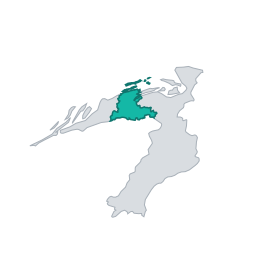 Croatia, with Zadarska highlighted, rotated 118°
{"feature_id": "HRV-1493", "entity_name": "Zadarska", "entity_type": "County", "adm_level": 1, "iso_a3": "HRV", "parent_name": "Croatia", "parent_adm1": "", "projection": "equal_earth", "projection_center": [15.553, 44.407], "detail": "fine", "context": "in_parent", "style": "filled", "palette": "teal", "viewbox_px": 256, "rotation_deg": 118, "n_neighbors": 0, "source": "natural_earth", "source_scale": "10m", "svg_char_len": 9065}
<svg xmlns="http://www.w3.org/2000/svg" viewBox="0 0 256 256"><g transform="rotate(118 128 128)"><path d="M43.8,88.0L44.9,89.5L52.6,91.3L54.2,90.5L55.3,89.3L55.3,88.5L55.9,88.2L58.6,89.4L66.9,89.3L68.6,88.4L71.7,83.1L72.8,82.7L73.4,82.9L73.9,84.4L75.1,85.9L79.3,89.4L80.8,89.8L82.4,88.9L84.0,88.6L88.5,90.5L92.4,90.8L95.2,89.8L93.8,87.0L93.6,85.6L93.8,84.3L95.7,83.1L95.6,82.6L93.3,80.4L93.4,79.8L98.6,77.4L103.5,76.0L104.3,74.9L105.0,70.4L104.7,67.9L102.7,65.7L102.6,64.5L103.1,63.3L103.9,62.2L108.2,61.0L114.4,58.3L116.3,55.8L117.5,55.4L121.0,55.8L121.7,55.2L121.2,51.6L121.9,50.7L123.7,49.7L126.8,50.1L129.3,51.0L136.1,54.1L139.7,57.0L141.7,60.2L144.4,62.7L147.8,64.5L150.5,66.9L152.5,69.9L155.3,71.6L158.9,72.0L161.2,73.0L162.2,74.7L164.1,76.3L167.1,77.6L171.6,78.4L183.1,79.1L188.2,77.4L192.0,73.2L193.6,73.5L198.9,72.3L198.6,74.8L197.1,75.9L198.7,78.5L200.4,82.7L199.5,84.8L200.6,86.4L203.9,88.0L203.0,88.5L202.3,89.9L202.2,92.4L204.8,94.8L211.8,97.4L213.9,99.5L214.0,100.4L213.6,101.0L208.3,101.2L206.2,100.1L206.1,101.8L204.1,102.3L205.3,108.5L204.9,110.3L204.2,110.9L202.7,110.6L202.3,111.2L202.7,112.5L200.7,112.7L197.7,112.0L196.2,110.8L195.9,108.4L194.9,106.5L192.4,104.6L187.3,104.3L181.4,102.4L177.0,103.0L172.9,102.2L169.4,104.6L167.6,104.6L163.9,101.5L162.9,101.3L159.8,102.9L158.5,103.0L153.2,101.3L151.3,101.1L149.9,101.6L147.4,101.0L141.3,97.1L137.6,100.1L130.0,99.3L127.8,101.4L125.2,105.3L123.1,107.2L121.3,106.5L119.1,104.8L115.3,100.3L113.4,99.5L111.2,99.4L109.3,99.8L108.3,100.7L106.9,113.0L106.8,116.4L111.0,119.6L116.0,125.1L117.6,125.8L118.4,127.6L120.9,137.5L123.5,140.9L132.1,149.0L135.7,154.2L146.8,164.3L151.6,166.1L152.4,167.0L152.5,171.0L153.0,172.4L156.3,176.6L162.9,182.6L163.7,184.0L163.9,185.0L163.5,185.8L161.8,186.6L154.2,179.8L148.2,176.1L141.4,169.1L132.4,166.3L126.3,163.3L118.5,164.7L116.0,164.7L114.2,164.2L113.0,162.3L112.9,158.9L109.3,155.8L104.5,152.9L99.9,149.2L90.6,139.1L88.8,135.9L93.5,134.6L99.0,135.3L93.1,131.0L84.7,122.6L82.1,118.7L81.9,114.4L82.5,108.6L81.0,104.5L74.5,99.1L72.2,96.2L67.4,94.6L65.2,94.7L63.9,96.8L62.9,101.5L54.9,113.8L51.8,113.7L48.4,107.9L45.2,103.4L44.5,98.8L42.0,89.3L43.8,88.0ZM187.3,201.3L187.4,202.8L189.8,206.3L179.1,198.4L169.0,192.1L161.8,190.6L152.1,185.5L145.8,183.7L150.9,183.2L166.0,190.0L164.3,188.2L166.4,187.5L168.3,188.0L169.5,190.3L177.9,196.2L183.3,199.8L187.3,201.3ZM70.2,120.5L70.0,121.9L68.2,120.1L67.3,116.7L65.1,111.3L64.8,109.8L66.0,108.3L65.9,106.8L64.4,102.0L65.7,101.3L66.5,101.2L66.8,104.5L67.5,106.4L69.7,108.7L69.2,112.5L69.6,118.0L70.2,120.5ZM79.7,108.4L76.1,109.2L74.4,107.8L73.9,106.6L71.0,106.2L68.8,103.8L71.4,102.0L72.7,99.0L77.6,105.1L79.7,108.4ZM138.0,173.8L133.3,173.9L129.2,173.2L127.2,172.0L128.0,169.3L132.5,169.5L139.4,170.7L141.1,172.1L140.6,172.7L138.0,173.8ZM150.1,179.4L148.1,179.8L134.9,179.5L131.0,178.7L125.9,176.0L130.2,175.4L134.1,176.0L135.4,177.5L150.1,179.4ZM90.7,132.8L90.0,133.9L82.6,127.1L81.8,124.9L78.2,120.3L77.6,119.0L81.0,122.1L82.2,122.3L85.4,125.3L88.5,129.0L92.2,132.3L90.7,132.8ZM134.0,184.4L139.5,185.5L143.6,185.0L147.2,185.6L150.0,187.5L143.8,187.0L140.0,188.3L136.7,187.6L135.4,186.8L134.5,185.8L134.0,184.4ZM90.7,148.7L91.1,149.6L89.1,149.3L81.9,140.9L81.2,139.3L83.8,141.2L90.7,148.7ZM78.0,113.4L81.0,118.4L78.3,116.9L75.8,116.3L75.3,115.1L76.2,113.3L78.0,113.4ZM162.5,193.2L166.6,195.9L154.7,192.4L157.3,192.0L162.5,193.2ZM96.1,146.7L98.0,149.6L96.2,149.0L94.2,147.2L93.1,145.3L96.1,146.7ZM92.0,143.3L92.4,144.7L88.7,142.1L87.1,139.7L92.0,143.3Z" fill="#d9dde1" stroke="#a8b0b8" stroke-width="1"/><path d="M106.7,110.0L106.7,110.3L106.8,111.3L107.2,112.0L107.6,112.7L107.9,113.4L107.8,114.1L107.3,114.3L106.7,114.5L106.2,115.0L106.3,115.7L106.6,116.3L107.3,117.5L107.5,117.6L108.2,118.1L108.4,118.4L108.6,118.8L108.9,119.1L109.3,119.0L109.6,118.9L110.1,118.9L110.3,118.8L110.6,118.6L110.7,118.2L110.9,118.0L111.3,118.0L111.5,118.2L111.8,119.3L112.0,119.5L112.3,119.5L112.5,119.3L113.0,119.8L113.3,120.7L113.7,121.3L114.0,121.4L114.3,121.6L115.0,121.7L115.4,121.8L115.6,122.2L115.8,122.7L115.9,123.2L115.6,123.3L115.5,123.8L115.0,124.4L114.8,125.0L115.4,125.6L116.0,125.7L117.0,125.2L117.7,125.3L118.0,125.8L118.2,126.4L118.4,127.2L119.1,129.1L119.3,129.8L119.3,130.4L119.1,130.6L118.7,130.9L118.7,131.2L118.8,131.1L119.1,131.1L119.6,131.3L120.2,131.6L120.6,131.9L120.6,132.3L120.6,132.9L120.5,133.3L120.2,133.9L120.1,134.3L120.1,134.9L120.4,136.1L121.0,137.7L121.4,138.4L122.7,139.7L123.2,140.4L123.8,141.9L124.3,142.5L124.8,143.1L125.2,143.3L125.4,143.5L125.8,143.5L126.5,143.5L126.8,143.6L127.2,144.1L127.3,144.7L127.6,145.2L128.9,145.6L129.4,146.0L129.9,146.5L130.2,146.9L129.2,146.8L128.5,147.1L127.5,147.7L127.0,148.2L126.9,148.5L126.7,148.7L126.4,148.8L125.9,148.8L125.0,148.5L124.8,148.1L124.4,148.0L124.2,148.0L123.9,148.0L123.6,148.3L121.5,148.8L120.8,148.9L120.3,148.8L119.6,148.5L119.3,148.2L119.2,147.8L119.2,147.5L119.2,146.8L119.2,146.2L119.2,145.7L119.0,145.2L119.0,144.9L119.0,144.7L118.8,144.4L118.5,144.4L117.7,145.1L117.3,145.3L117.1,145.3L116.5,145.2L115.8,145.2L115.6,145.2L115.5,145.3L115.4,145.5L115.4,145.9L115.5,146.3L115.4,146.5L114.9,146.7L114.7,146.8L114.6,147.1L114.7,147.6L113.5,148.0L113.2,148.0L112.8,148.3L112.2,149.0L111.9,149.2L111.6,149.1L110.9,148.4L109.9,148.0L109.5,148.0L108.9,148.1L108.7,148.1L108.3,147.9L108.2,147.9L107.9,148.1L108.0,148.3L108.4,148.7L108.4,148.8L108.3,149.0L108.1,149.3L107.9,149.5L107.5,149.7L107.4,149.8L107.3,150.3L107.2,150.5L106.8,150.8L106.6,150.7L106.0,150.4L105.4,149.9L105.2,149.9L104.1,150.8L103.8,150.9L102.8,150.1L102.1,149.7L101.3,150.4L100.6,149.5L100.2,149.1L99.8,148.9L99.4,148.9L99.1,148.8L98.9,148.7L98.6,148.5L98.1,147.6L96.5,145.8L95.7,144.7L95.2,144.2L94.6,144.0L93.3,142.5L93.3,142.4L92.0,141.1L91.7,140.9L91.4,140.7L91.3,140.4L91.4,140.0L91.0,139.7L89.4,138.2L89.9,137.5L89.6,136.7L89.0,135.9L88.4,135.6L88.8,135.2L89.3,134.9L89.8,135.0L90.0,135.7L90.4,136.1L91.0,135.8L91.3,135.3L90.6,134.8L90.9,134.7L91.0,134.8L91.1,134.3L91.0,134.1L92.5,135.1L93.1,135.8L93.4,136.1L93.9,136.1L93.5,134.8L93.7,134.7L93.8,134.6L94.1,134.2L93.7,134.1L93.4,133.8L93.1,133.4L92.9,133.0L93.4,133.2L94.3,133.9L95.1,134.1L97.2,135.3L97.7,135.4L100.0,135.8L100.6,135.7L100.7,135.3L100.3,135.0L98.4,134.8L98.2,134.7L97.4,133.6L97.1,133.4L94.2,132.1L93.8,131.7L94.5,130.4L94.6,130.2L94.8,129.9L95.1,129.9L95.3,129.9L95.5,129.9L95.9,130.1L96.5,130.7L97.0,131.2L97.3,131.3L99.9,131.6L100.3,131.9L101.2,133.0L101.5,132.4L101.8,132.2L102.1,132.2L102.5,132.0L102.8,131.8L103.3,131.2L103.5,130.8L103.7,130.3L103.8,130.0L103.9,129.7L103.5,129.3L103.4,129.2L103.4,128.9L102.8,128.6L102.6,128.4L102.6,128.2L102.9,127.8L104.4,126.8L103.9,125.5L103.5,125.0L101.7,123.5L101.6,123.2L101.8,122.8L101.8,122.7L101.5,121.6L101.4,121.4L100.9,120.9L100.9,120.7L100.8,120.0L100.7,119.4L100.5,119.0L100.4,118.8L99.7,118.3L99.5,118.1L99.2,117.8L99.1,117.5L99.1,117.2L99.4,117.0L100.4,117.0L100.7,116.9L100.9,116.9L101.2,116.6L101.5,116.5L101.8,116.2L102.6,115.8L102.8,115.5L102.9,115.3L102.8,115.1L102.7,115.0L102.3,114.9L102.1,114.8L101.7,114.6L101.3,114.4L100.8,114.0L100.6,113.9L100.7,113.7L101.3,113.3L101.6,112.9L101.8,112.2L101.7,111.6L101.0,110.6L100.9,110.4L100.9,110.2L101.1,109.9L101.4,109.5L101.6,109.4L101.9,109.5L102.5,109.7L103.1,110.2L103.4,110.2L103.9,110.0L104.5,109.5L105.4,110.0L105.9,110.1L106.1,110.2L106.5,110.2L106.7,110.0ZM89.4,147.6L91.5,149.1L91.6,149.5L90.9,149.7L89.4,148.6L89.1,148.7L89.2,148.9L89.4,149.2L90.1,149.7L90.3,149.9L90.5,150.0L90.8,150.0L91.0,150.4L90.9,150.6L90.6,150.4L90.3,150.1L90.2,150.0L89.2,149.4L88.7,149.1L88.3,148.6L87.1,146.9L86.4,146.1L85.2,143.7L84.6,143.2L83.8,142.8L81.3,140.3L81.3,139.9L81.1,139.5L80.7,139.0L80.9,138.9L81.1,139.0L81.7,139.6L83.4,140.8L83.8,141.7L84.0,141.9L84.5,142.0L85.0,142.3L85.4,142.1L85.2,142.7L85.6,142.7L85.8,142.9L85.9,143.3L86.0,143.8L86.1,144.3L86.4,144.7L87.7,146.1L88.1,146.3L88.5,146.3L88.6,146.5L89.4,147.6ZM94.1,147.0L93.9,146.5L93.1,145.7L92.8,145.3L93.4,145.3L93.9,145.5L95.5,146.6L96.5,146.8L96.5,147.1L96.6,147.7L96.7,147.9L96.9,148.1L97.3,148.3L97.5,148.4L97.7,148.7L98.0,149.1L98.2,149.6L98.3,150.0L97.9,149.8L97.1,149.7L97.0,149.4L96.9,149.2L96.1,149.0L95.7,148.8L95.5,148.4L95.7,148.2L95.3,148.0L94.7,147.7L94.3,147.3L94.1,147.0ZM92.6,145.0L92.3,144.6L92.0,144.1L91.7,143.8L91.4,144.0L91.2,144.0L91.2,143.8L91.0,143.4L90.7,143.9L90.1,143.5L89.5,142.8L88.7,142.2L87.7,141.0L87.2,140.6L87.2,140.4L87.4,140.3L87.0,139.5L91.8,143.2L92.4,143.9L92.6,145.0ZM79.2,131.2L79.5,131.6L79.6,132.3L79.3,132.6L78.9,132.4L78.5,132.2L78.0,131.8L78.1,131.5L78.4,131.0L78.2,129.8L78.5,129.7L78.8,129.7L79.2,129.8L79.4,130.2L79.4,130.6L79.2,131.1L79.2,131.2ZM78.1,134.5L78.5,134.8L79.0,135.3L79.0,135.5L78.6,135.5L78.3,135.6L78.1,135.7L77.8,135.7L77.5,135.3L77.5,135.0L77.8,135.0L77.9,134.8L77.9,134.6L78.1,134.5ZM73.8,132.7L74.7,133.2L75.2,133.9L75.1,134.0L74.6,133.8L73.4,132.7L73.3,132.4L73.8,132.7ZM80.5,140.0L80.7,139.9L81.0,139.9L81.1,140.0L81.3,140.3L80.9,140.5L80.3,140.3L79.8,139.8L79.9,139.2L80.1,139.7L80.3,139.9L80.5,140.0Z" fill="#14b8a6" stroke="#0f766e" stroke-width="1.5"/></g></svg>